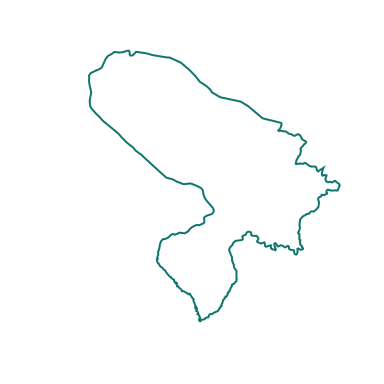 Tabaporã, Mato Grosso, Brazil (Mercator projection), rotated 200°
{"feature_id": "56859067B70789515296614", "entity_name": "Tabaporã", "entity_type": "district", "adm_level": 2, "iso_a3": "BRA", "parent_name": "Brazil", "parent_adm1": "Mato Grosso", "projection": "mercator", "projection_center": [-56.642, -11.068], "detail": "fine", "context": "isolated", "style": "outline", "palette": "teal", "viewbox_px": 384, "rotation_deg": 200, "n_neighbors": 0, "source": "geoboundaries", "source_scale": "gbopen_adm2", "svg_char_len": 5947}
<svg xmlns="http://www.w3.org/2000/svg" viewBox="0 0 384 384"><g transform="rotate(200 192 192)"><path d="M140.7,73.3L139.8,73.6L140.3,74.3L139.7,75.0L136.9,76.5L136.0,78.4L135.0,79.3L133.9,79.7L133.7,82.7L133.4,83.3L131.5,84.1L129.5,86.7L127.1,88.8L126.4,91.0L126.5,92.1L125.8,93.0L126.1,94.0L125.8,94.8L125.2,95.1L125.7,96.0L125.8,97.4L125.5,98.0L125.5,98.7L125.9,100.9L125.2,102.1L125.0,103.0L125.2,103.7L124.9,104.3L124.4,104.6L124.6,105.3L124.1,105.5L123.7,106.0L123.4,108.6L123.9,109.1L123.9,109.8L122.9,111.0L123.2,111.6L122.8,112.5L122.7,114.0L122.9,114.9L122.3,117.3L122.7,117.9L122.7,118.5L122.5,119.1L121.3,119.8L120.9,120.5L120.9,121.3L119.8,123.2L120.3,125.7L121.0,126.5L121.0,127.4L121.5,128.1L123.1,132.8L123.6,133.5L125.4,134.5L127.0,136.0L127.3,136.6L127.8,138.0L129.9,139.9L130.2,140.9L131.0,141.4L132.0,144.4L133.6,145.8L135.9,148.6L137.2,150.0L137.4,150.8L137.2,151.5L137.3,153.0L135.8,156.4L136.0,157.4L135.8,158.3L135.1,159.9L134.2,161.1L129.1,163.7L128.5,164.2L128.2,164.9L128.3,165.6L128.6,166.2L129.3,166.9L129.4,167.7L129.2,168.2L127.1,170.0L126.8,170.8L126.8,172.6L126.2,173.4L125.4,174.0L123.9,174.3L123.0,174.3L122.4,173.8L121.9,172.3L121.5,171.8L120.9,171.6L119.4,171.7L116.8,172.8L116.1,172.7L114.8,172.1L113.8,171.2L113.6,170.6L114.0,167.7L113.4,167.4L109.7,167.1L106.8,169.4L106.3,169.1L105.5,167.5L104.6,166.1L103.9,165.8L100.8,168.0L100.2,168.7L99.4,168.8L99.4,168.1L98.5,166.1L96.8,165.6L95.4,166.0L93.7,165.8L93.7,166.9L95.8,169.2L96.9,171.1L96.9,171.9L96.4,172.4L95.7,172.3L94.8,171.9L93.5,170.5L92.7,170.2L92.0,170.6L90.7,172.1L89.7,172.4L87.9,172.4L86.0,171.8L85.2,172.0L84.6,172.6L83.9,174.0L83.1,174.1L82.3,173.8L81.8,173.1L81.4,171.8L80.9,171.5L79.7,171.5L76.2,172.0L75.7,171.3L75.2,169.8L74.4,169.1L73.6,168.7L72.6,168.9L72.3,169.5L72.1,170.3L72.8,173.3L73.5,174.6L73.0,175.2L72.2,175.2L69.9,174.8L68.2,176.4L68.5,177.2L69.8,177.8L70.0,178.4L70.4,178.9L72.1,179.4L72.6,180.1L73.1,181.7L73.8,182.2L73.6,183.8L74.4,184.0L75.5,185.0L75.4,185.8L76.9,189.5L77.6,189.4L78.1,189.6L78.4,190.4L78.2,191.5L77.9,192.0L78.2,193.2L78.1,194.1L78.4,195.6L79.6,197.3L79.7,198.5L80.4,199.9L80.4,201.4L81.0,202.9L80.6,204.3L79.3,207.3L77.0,209.8L76.8,210.4L76.2,210.9L75.4,211.1L74.5,211.8L74.1,213.4L73.5,214.4L72.6,214.8L71.4,215.0L70.8,215.4L70.6,216.0L69.7,217.1L68.9,218.8L68.6,220.1L68.2,220.7L68.1,221.4L69.0,225.1L69.4,226.3L70.5,227.5L71.2,229.0L71.2,229.9L70.6,230.7L69.3,231.8L69.1,232.8L69.3,233.7L66.7,234.2L66.2,235.0L65.0,236.0L64.5,236.7L64.7,237.3L65.4,237.6L65.8,238.0L65.9,239.2L65.5,240.4L65.0,240.7L64.1,240.7L62.7,241.1L61.5,240.9L57.6,242.7L56.8,242.7L55.5,243.4L55.6,245.4L55.4,248.7L57.1,250.2L59.8,250.7L61.0,251.5L62.1,251.0L63.3,249.1L64.0,248.8L65.4,248.9L67.0,247.9L67.6,247.8L69.0,247.8L69.6,248.0L70.6,249.0L71.0,249.8L71.4,251.9L71.1,253.1L71.3,253.7L73.5,253.2L74.7,252.1L75.4,252.1L76.0,253.0L76.5,254.5L76.6,256.4L76.9,257.2L76.7,259.7L80.6,254.5L82.1,255.2L83.5,257.5L84.5,257.9L85.3,258.0L88.5,256.7L91.5,256.9L95.4,258.1L96.1,257.8L97.3,256.4L99.6,255.9L103.5,254.0L104.2,254.0L104.7,257.5L104.4,259.6L104.1,260.4L104.3,262.0L103.4,263.0L103.1,264.6L103.6,266.1L103.6,267.8L104.7,269.5L104.8,270.3L103.5,273.4L102.9,275.3L102.0,276.5L101.8,277.5L102.0,278.3L106.7,279.2L108.8,281.6L110.5,282.4L112.1,282.6L112.9,282.0L114.7,279.9L115.4,279.7L118.2,280.2L121.2,280.0L124.7,281.0L126.4,280.4L130.0,279.9L130.6,279.6L131.2,279.0L132.0,279.5L131.2,280.5L130.7,284.0L131.0,284.6L130.9,285.8L131.4,287.1L132.0,287.4L150.9,285.4L168.4,291.8L177.1,293.6L197.9,290.7L203.9,291.8L207.4,292.5L209.6,294.3L214.4,296.4L222.2,298.2L228.3,302.0L236.8,306.1L246.6,309.7L258.9,310.7L261.9,309.8L275.5,307.2L283.0,306.6L292.5,304.6L293.9,301.2L294.5,300.2L295.8,299.3L296.5,299.2L297.1,299.4L297.6,299.9L298.5,302.0L299.1,302.9L300.1,303.1L301.8,302.2L304.6,299.9L306.9,298.7L308.0,298.2L312.9,297.0L315.0,293.8L317.1,291.6L317.7,290.6L318.7,287.2L319.4,278.0L320.9,275.9L322.3,274.7L327.7,269.3L328.0,268.7L328.6,266.1L328.0,265.1L326.7,261.0L324.4,256.8L321.7,252.7L320.6,250.5L320.1,246.7L319.2,242.3L317.3,238.4L316.4,237.2L315.5,236.5L314.7,235.9L309.0,232.8L305.2,231.2L302.3,229.6L299.8,228.3L281.8,222.0L275.7,218.7L274.9,218.5L271.8,216.9L267.7,215.3L263.0,213.9L259.3,211.7L253.8,210.0L252.1,209.7L249.8,208.5L228.8,199.8L221.0,196.7L214.4,197.3L209.0,196.4L206.7,196.6L203.7,196.4L202.5,196.5L201.4,197.0L196.7,199.4L194.6,199.6L191.6,199.4L189.9,199.5L184.7,198.7L182.6,197.5L181.1,195.0L180.4,193.7L177.8,190.6L175.0,188.6L170.8,186.4L166.8,184.0L165.7,182.9L165.0,181.3L164.9,180.3L165.6,178.6L166.1,177.9L170.2,174.6L171.4,173.0L171.8,172.1L171.7,171.4L170.1,168.3L170.0,167.6L170.8,166.2L173.9,163.2L176.3,162.7L178.6,160.5L180.0,158.9L181.4,156.4L181.8,155.2L182.0,153.7L183.4,152.4L184.2,151.0L185.0,150.6L189.6,149.6L190.7,148.8L191.1,148.1L193.6,145.9L195.4,146.2L197.4,144.2L198.0,142.5L199.3,140.5L201.2,138.6L202.1,138.4L202.9,137.9L203.8,136.5L204.2,135.2L204.3,132.6L203.7,128.8L203.4,128.0L203.5,126.6L203.2,125.5L203.4,124.0L203.1,123.3L202.3,122.0L202.2,121.3L202.4,119.4L202.2,118.6L201.3,117.5L201.9,117.1L202.0,116.5L200.4,114.1L199.3,113.2L198.6,113.2L196.5,111.3L196.0,111.1L194.5,110.9L191.6,109.3L190.8,109.3L187.4,106.8L183.8,104.8L182.9,104.9L181.9,104.1L180.2,103.6L179.4,103.6L178.8,103.1L178.5,102.3L177.7,102.1L177.4,101.2L176.6,100.9L175.9,100.5L175.6,101.4L174.8,101.1L175.1,100.2L173.8,99.0L173.7,98.3L172.5,98.6L172.0,97.9L169.0,96.8L167.6,95.4L167.0,95.9L166.2,95.7L165.4,95.9L163.6,95.4L162.9,95.5L161.4,94.9L160.2,94.8L159.6,95.6L158.9,95.6L158.2,94.5L157.2,94.0L155.2,92.4L153.9,92.0L153.7,90.6L150.6,87.2L149.9,86.0L149.2,85.8L148.7,85.3L149.5,84.9L149.4,84.2L148.7,83.6L148.0,83.6L147.6,84.3L147.2,83.9L147.1,82.9L147.3,82.1L147.2,81.5L146.2,81.5L145.4,81.2L144.9,80.2L145.0,79.3L144.2,79.5L143.7,78.7L142.8,78.1L142.5,77.6L141.7,77.0L141.3,76.2L141.8,75.5L141.8,74.7L141.5,74.0L140.7,73.3Z" fill="none" stroke="#0f766e" stroke-width="2"/></g></svg>